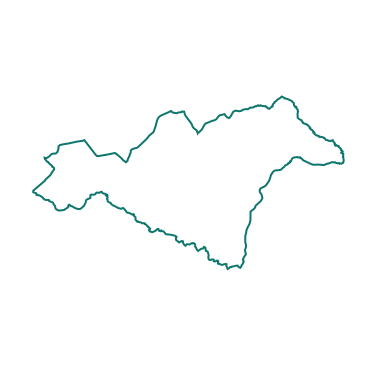 outline of Bazega, Bazéga, Burkina Faso, rotated 349°
{"feature_id": "67063806B75312427459337", "entity_name": "Bazega", "entity_type": "district", "adm_level": 2, "iso_a3": "BFA", "parent_name": "Burkina Faso", "parent_adm1": "Bazéga", "projection": "albers", "projection_center": [-1.393, 11.898], "detail": "fine", "context": "isolated", "style": "outline", "palette": "teal", "viewbox_px": 384, "rotation_deg": 349, "n_neighbors": 0, "source": "geoboundaries", "source_scale": "gbopen_adm2", "svg_char_len": 6074}
<svg xmlns="http://www.w3.org/2000/svg" viewBox="0 0 384 384"><g transform="rotate(349 192 192)"><path d="M38.7,165.1L39.3,165.6L40.7,165.8L42.0,166.5L44.4,168.9L44.7,169.9L46.0,171.3L47.0,171.9L49.9,172.5L49.9,173.5L53.5,175.9L53.9,177.8L54.9,179.6L54.8,181.3L55.2,182.7L56.2,183.8L57.6,184.7L59.0,185.0L62.9,185.2L67.1,183.5L67.9,182.8L67.8,182.2L68.2,181.4L69.0,181.0L70.6,182.7L71.8,183.3L74.2,185.5L77.3,187.2L79.5,187.2L83.4,184.9L85.6,182.0L86.2,180.5L87.0,179.4L91.0,178.5L91.3,178.0L91.6,175.8L92.0,175.4L93.3,175.4L94.2,175.8L95.9,175.9L96.6,175.8L97.8,174.5L98.7,174.4L100.6,175.1L103.0,174.4L103.4,174.6L103.7,175.6L104.3,176.2L105.2,176.8L106.4,177.1L107.2,178.0L108.3,178.4L108.3,179.0L107.1,179.2L108.1,180.5L108.2,181.1L107.2,182.4L107.7,183.4L107.4,184.9L107.7,185.4L108.7,186.4L109.9,187.0L110.6,188.7L111.7,189.9L113.6,191.2L116.3,193.5L119.2,195.0L121.1,194.5L121.8,194.9L123.7,198.3L123.7,198.9L124.7,200.0L126.0,200.4L127.4,201.3L128.8,202.6L129.4,202.8L130.2,202.5L130.7,203.0L130.2,203.9L131.7,205.9L131.3,208.3L131.5,208.9L132.3,209.8L132.3,210.4L132.8,210.8L133.6,210.8L133.8,211.2L136.1,212.1L137.1,213.3L138.8,213.3L139.8,214.0L139.6,214.5L140.9,215.5L141.4,216.6L142.6,217.9L142.4,218.2L143.9,220.0L143.2,221.0L142.6,221.1L142.9,222.6L143.7,222.7L144.7,223.7L145.4,223.9L148.8,223.1L150.9,221.8L152.0,221.9L152.3,223.8L152.6,224.0L153.8,224.0L154.0,224.4L154.6,224.0L155.0,224.6L156.0,225.0L156.8,225.7L158.4,228.5L162.5,229.7L167.2,231.8L168.3,233.0L168.3,233.3L167.5,233.8L167.2,235.6L167.4,236.3L168.7,237.7L169.1,238.5L169.8,239.1L172.3,238.1L173.1,238.8L173.6,238.6L173.7,238.9L173.4,239.7L173.8,240.7L173.9,241.7L175.2,243.5L175.5,243.5L176.3,242.6L177.2,242.3L179.7,243.1L182.0,242.2L182.5,242.2L183.1,242.8L183.9,242.5L185.0,243.8L185.1,244.6L184.6,246.2L185.2,247.0L186.0,250.1L186.8,251.0L190.2,249.5L192.2,249.5L193.3,248.2L193.8,248.4L194.6,249.7L194.3,251.7L194.4,252.5L195.6,253.2L196.1,254.0L196.3,257.4L195.5,259.1L195.6,261.4L195.8,261.7L196.9,262.2L199.1,262.0L200.2,262.4L200.4,262.6L200.1,264.0L200.4,264.4L201.9,264.5L203.6,264.1L204.0,264.2L204.6,265.1L204.0,266.0L203.8,267.3L204.2,267.6L205.4,267.7L206.3,268.8L207.9,269.3L210.1,269.0L211.9,269.2L212.1,269.4L211.6,270.5L212.3,274.4L213.5,274.0L215.4,272.9L216.3,273.2L217.1,272.9L222.1,272.8L222.8,273.1L223.2,274.2L224.8,275.6L226.1,274.7L226.5,273.6L228.3,272.0L228.5,271.4L229.1,270.8L229.6,269.7L229.1,269.0L229.2,267.7L229.8,267.2L230.5,265.8L233.0,263.5L232.9,259.3L234.7,255.8L234.9,253.9L234.7,251.2L236.0,245.0L237.3,242.7L238.1,240.1L239.9,237.3L242.3,234.4L242.8,233.2L243.3,232.5L244.2,230.0L245.6,222.7L246.2,222.1L249.8,220.3L251.0,219.2L251.8,217.6L257.8,214.0L259.4,212.2L259.9,211.4L260.0,209.6L259.6,207.2L258.6,205.3L258.7,203.3L259.1,202.5L260.1,201.5L264.5,200.3L266.0,199.5L269.7,195.8L271.3,193.4L272.6,190.6L275.1,187.9L276.8,186.9L277.7,186.7L281.0,187.1L283.6,187.1L285.4,185.8L287.4,184.9L288.7,183.6L291.3,183.1L291.9,182.1L292.2,182.0L293.3,182.1L294.0,181.4L293.9,180.8L294.5,180.4L295.1,180.6L296.4,178.6L297.4,177.9L299.2,177.5L300.3,177.8L301.8,177.7L302.7,178.4L304.7,178.5L305.0,178.8L304.8,179.3L306.5,180.6L306.7,181.4L307.6,182.4L313.9,187.0L316.3,188.4L321.2,189.2L326.6,190.7L330.2,190.0L331.2,190.1L335.4,189.4L336.1,189.9L337.9,190.0L338.9,191.0L339.9,191.2L340.8,191.8L341.7,191.7L342.2,192.4L342.8,192.1L343.9,192.7L345.9,192.2L345.8,191.9L346.9,190.3L347.1,187.7L346.8,186.8L347.2,186.2L347.0,185.6L347.4,185.0L347.5,184.0L347.9,183.3L347.4,182.6L346.9,182.7L345.9,182.0L346.4,181.4L347.6,180.7L347.2,179.9L346.2,179.2L346.1,178.5L346.4,177.8L344.7,175.9L344.8,175.0L344.2,174.7L344.0,174.9L342.8,173.6L341.9,174.0L341.2,173.1L341.6,172.0L341.1,171.7L341.2,170.5L340.2,169.4L340.0,168.0L337.3,168.4L336.8,167.9L335.8,167.8L334.9,167.0L334.0,166.8L333.3,166.4L332.7,164.9L332.1,164.1L331.7,164.1L330.9,163.2L328.7,162.4L327.3,161.5L327.1,161.8L326.3,160.6L324.8,160.1L323.3,158.3L323.6,157.4L323.4,156.8L322.4,156.8L322.4,154.8L320.6,153.3L320.5,152.3L320.0,152.2L319.7,151.8L320.0,150.9L319.1,149.7L318.5,148.4L317.2,147.6L317.2,147.3L314.2,145.6L314.2,144.8L313.5,144.0L313.3,142.6L311.1,140.9L310.2,139.8L309.9,138.8L310.5,136.3L310.4,135.5L311.5,133.3L311.2,132.9L311.5,131.4L310.7,130.0L310.6,128.5L309.9,128.6L309.4,128.2L309.3,127.2L308.7,126.4L308.9,124.2L307.4,122.3L307.4,121.8L303.8,119.2L302.1,118.2L300.7,117.8L300.7,117.3L298.3,115.4L296.7,116.4L293.2,117.8L292.1,118.7L290.2,119.4L289.9,120.3L288.8,120.8L287.7,122.1L287.6,122.8L287.3,122.7L286.7,123.7L285.9,123.8L283.8,125.1L282.8,124.4L282.5,124.4L281.7,122.9L281.2,122.7L280.5,121.7L279.7,121.8L278.7,121.3L277.8,121.2L277.4,120.8L276.0,120.3L275.6,119.9L274.8,120.4L273.3,119.9L273.2,119.5L271.1,120.2L270.5,119.8L268.2,120.7L265.2,120.3L262.7,121.4L260.8,120.9L257.3,121.0L256.2,121.7L253.9,121.8L250.1,120.4L247.8,121.1L244.3,125.2L243.2,126.1L242.2,126.5L240.5,125.1L239.1,122.7L238.8,121.8L233.7,122.0L232.4,122.8L229.7,125.2L228.8,125.6L227.0,126.0L226.0,125.9L218.3,127.4L216.7,128.8L213.7,132.5L210.1,134.9L209.0,134.9L208.8,135.2L208.4,132.4L206.1,129.9L205.4,128.8L204.4,124.6L200.2,115.9L199.8,114.3L199.6,111.6L198.8,111.6L197.6,111.0L196.6,111.7L193.7,111.3L192.3,111.8L188.8,110.6L188.0,110.1L186.8,108.4L185.7,108.9L176.6,110.9L174.8,111.6L173.4,112.5L172.3,113.7L171.0,115.8L169.0,120.1L166.2,125.0L165.5,125.9L160.5,128.7L157.8,131.1L147.8,137.5L146.1,138.2L142.6,138.3L140.5,139.0L139.9,139.7L139.2,141.8L138.0,143.4L137.6,144.5L135.4,147.4L134.6,148.7L134.7,149.1L132.8,150.2L130.5,147.6L128.9,145.0L126.2,141.6L123.9,139.0L115.9,139.1L106.7,138.9L105.7,138.6L104.7,137.4L96.2,120.5L94.7,120.9L88.6,120.6L79.9,120.8L75.2,120.6L71.3,120.7L69.8,121.6L69.3,122.9L69.4,123.6L68.7,124.9L67.5,127.0L66.6,127.7L65.5,128.2L62.3,127.8L61.3,128.0L58.5,129.9L56.0,130.9L55.1,131.0L53.9,130.2L53.8,131.2L55.7,134.8L56.6,135.2L57.0,136.4L59.6,139.6L59.6,140.5L61.0,141.6L61.1,143.3L58.3,146.0L56.1,148.5L51.1,151.5L50.3,152.1L49.9,152.8L36.4,160.4L36.1,162.0L38.6,163.4L39.1,164.0L38.7,165.1Z" fill="none" stroke="#0f766e" stroke-width="2"/></g></svg>